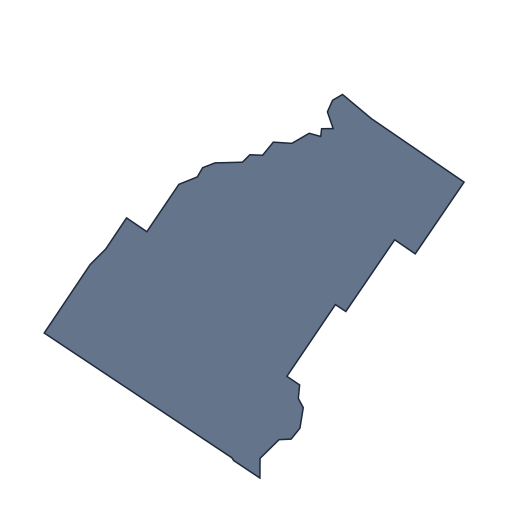 outline of Madison, Idaho, United States of America, rotated 124°
{"feature_id": "52423323B1812504540998", "entity_name": "Madison", "entity_type": "district", "adm_level": 2, "iso_a3": "USA", "parent_name": "United States of America", "parent_adm1": "Idaho", "projection": "orthographic", "projection_center": [-111.697, 43.776], "detail": "fine", "context": "isolated", "style": "filled", "palette": "slate", "viewbox_px": 512, "rotation_deg": 124, "n_neighbors": 0, "source": "geoboundaries", "source_scale": "gbopen_adm2", "svg_char_len": 634}
<svg xmlns="http://www.w3.org/2000/svg" viewBox="0 0 512 512"><g transform="rotate(124 256 256)"><path d="M437.9,128.6L421.5,139.5L395.4,134.2L388.2,124.5L374.2,123.3L355.3,132.0L350.4,141.3L338.5,147.7L338.5,163.1L251.9,163.0L251.8,150.5L165.0,150.1L165.2,125.2L78.4,124.8L77.6,237.2L73.7,274.6L84.0,279.6L96.6,277.4L107.2,263.3L113.8,272.8L120.7,269.2L124.5,280.5L142.6,289.3L151.9,305.3L168.8,306.9L175.5,317.7L185.8,319.7L201.8,342.1L212.6,349.6L223.3,348.9L239.7,360.0L296.9,360.1L296.8,384.6L334.3,384.5L355.7,388.7L438.3,388.5L436.8,163.2L438.1,160.1L437.9,128.6Z" fill="#64748b" stroke="#1e293b" stroke-width="1.5"/></g></svg>